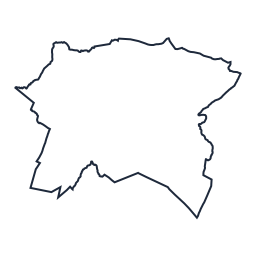 Zinacantán, Chiapas, Mexico (Robinson projection)
{"feature_id": "50627088B49923659697837", "entity_name": "Zinacantán", "entity_type": "district", "adm_level": 2, "iso_a3": "MEX", "parent_name": "Mexico", "parent_adm1": "Chiapas", "projection": "robinson", "projection_center": [-92.788, 16.712], "detail": "fine", "context": "isolated", "style": "outline", "palette": "slate", "viewbox_px": 256, "rotation_deg": 0, "n_neighbors": 0, "source": "geoboundaries", "source_scale": "gbopen_adm2", "svg_char_len": 5602}
<svg xmlns="http://www.w3.org/2000/svg" viewBox="0 0 256 256"><path d="M58.2,197.4L66.8,190.1L70.1,186.7L72.1,189.0L72.6,189.4L72.7,188.4L73.3,187.3L73.6,187.0L74.0,186.3L74.7,185.9L74.8,185.7L75.6,184.4L75.8,183.3L76.4,182.5L76.8,182.1L77.7,181.2L77.9,180.8L78.3,179.7L78.3,179.4L78.9,178.1L79.3,177.7L79.6,177.5L79.8,177.4L80.2,177.0L80.6,176.4L80.6,175.2L80.7,174.7L80.9,174.0L81.0,173.6L81.7,172.7L81.8,171.7L82.1,171.1L82.4,170.9L82.7,170.4L82.9,169.6L83.1,169.5L83.5,169.4L84.1,169.0L84.3,168.6L85.3,168.1L86.6,167.7L86.8,167.2L87.3,166.0L87.7,165.7L88.2,165.4L88.8,165.4L89.8,165.0L90.4,164.6L90.6,164.3L90.7,163.7L91.1,162.7L91.1,162.0L91.1,161.8L91.4,161.5L91.7,161.5L92.1,161.6L92.7,162.9L93.0,164.0L93.6,164.5L94.1,164.5L94.3,164.9L94.8,165.0L95.0,164.9L95.2,164.7L95.9,165.0L96.5,165.6L96.7,166.2L97.0,168.3L97.2,169.3L97.6,170.5L97.5,171.6L97.8,172.4L98.1,173.0L98.6,173.6L98.6,174.1L99.1,174.4L99.4,174.8L99.5,175.1L99.6,176.0L100.2,176.3L100.4,176.4L101.4,176.4L102.1,176.7L102.3,176.6L102.6,176.5L104.5,174.7L108.7,177.4L112.1,180.4L114.6,182.3L138.1,172.9L138.3,173.1L146.3,177.0L166.1,186.3L167.8,187.1L169.3,189.2L174.8,194.6L184.2,203.3L188.9,208.2L195.1,215.5L196.9,217.7L198.0,215.9L198.9,213.0L199.9,211.1L200.6,209.2L203.2,204.0L204.2,202.4L207.1,195.8L211.2,186.1L211.6,179.5L203.4,175.2L203.4,174.5L203.4,173.8L203.5,172.6L203.6,171.8L204.1,170.6L204.2,170.4L204.5,169.5L204.9,168.5L205.0,167.7L204.8,166.7L204.9,165.6L205.3,163.0L205.7,160.0L205.9,159.2L206.1,159.2L207.6,160.2L208.0,160.3L208.5,160.2L208.8,160.0L209.0,159.9L209.7,159.5L210.1,159.2L210.4,158.6L210.7,157.9L210.7,156.8L210.9,156.3L211.0,156.0L211.3,155.7L211.5,155.4L211.4,155.0L212.3,153.7L212.6,152.9L212.6,151.8L212.3,151.3L212.4,149.7L212.7,148.8L212.7,146.9L212.5,145.8L212.2,145.3L211.6,144.6L211.2,143.5L210.7,143.1L210.4,142.5L209.6,142.1L209.1,142.0L208.4,141.5L207.8,140.8L207.6,140.2L205.7,139.3L205.4,138.9L205.1,138.1L204.9,137.1L204.5,136.3L203.7,135.5L203.4,135.2L202.2,134.7L201.6,133.7L201.4,132.8L201.3,132.2L201.3,131.8L201.5,131.1L201.4,130.2L201.0,129.5L200.2,128.9L200.4,127.9L200.3,127.2L200.1,126.8L199.8,126.4L199.4,126.2L199.1,126.0L199.0,125.3L198.8,124.8L198.9,124.4L199.1,124.1L199.3,124.0L200.6,124.1L201.5,123.5L202.1,122.8L202.5,122.7L203.1,122.4L203.5,122.4L204.2,122.1L204.7,121.4L205.0,120.9L205.6,119.5L206.0,118.9L206.2,118.2L206.1,116.3L205.8,115.8L205.3,115.1L203.3,114.8L201.2,114.9L200.7,115.1L199.7,115.3L199.0,115.3L198.6,115.2L198.4,114.8L198.4,114.5L198.7,114.0L199.0,113.6L200.0,113.0L200.2,112.7L201.1,112.0L201.6,111.0L202.5,110.0L202.8,109.7L203.1,109.1L203.7,108.8L205.0,108.3L205.8,107.9L206.2,107.6L206.9,107.3L207.7,107.1L208.1,106.8L208.6,105.6L209.1,105.1L210.8,103.8L211.6,102.8L212.7,102.1L213.8,101.4L214.2,101.2L214.8,100.6L215.8,100.2L218.5,99.3L221.2,97.6L221.5,97.1L222.2,96.6L222.5,96.0L226.5,92.1L227.3,91.5L229.4,89.5L230.8,88.6L231.1,88.1L232.0,87.6L232.6,87.2L233.4,86.5L234.4,85.8L235.9,82.9L237.2,80.8L237.5,79.7L237.9,79.3L238.4,78.5L238.6,77.7L240.5,73.9L240.6,73.5L240.3,73.3L238.5,72.7L237.2,72.1L233.4,71.8L231.4,71.0L229.9,70.9L229.5,69.7L228.6,68.9L228.4,67.6L229.1,66.4L229.7,65.8L230.5,64.2L230.5,62.0L228.0,62.7L224.0,60.6L223.1,60.2L221.2,58.4L219.7,58.6L219.1,58.9L217.4,59.0L215.4,59.3L213.9,59.2L212.1,58.6L211.1,57.7L203.6,55.7L199.9,53.5L193.8,52.2L190.6,51.9L188.3,51.2L184.1,48.9L183.2,48.8L182.3,47.9L181.7,47.9L180.9,48.2L177.6,49.1L175.4,49.0L171.3,43.4L169.7,41.0L169.0,38.9L168.7,38.3L166.7,38.9L163.1,43.0L161.5,43.7L158.3,44.2L156.6,44.2L155.1,44.5L153.5,45.0L151.5,45.0L150.0,44.9L148.0,44.5L144.9,43.3L138.5,41.1L130.4,39.3L118.9,38.6L118.1,39.6L117.9,40.7L116.7,39.9L115.0,39.7L114.8,39.7L112.8,40.7L111.9,40.3L109.7,44.0L94.5,46.5L94.4,47.5L93.9,48.0L93.3,47.8L92.6,47.5L92.0,47.8L91.6,48.6L91.0,49.4L90.3,50.0L88.9,51.6L88.1,51.6L87.7,50.8L86.4,50.4L85.6,50.4L84.0,50.6L82.9,51.1L82.2,50.8L81.8,50.5L81.1,50.6L80.5,52.0L79.9,52.0L79.3,51.9L78.6,51.4L77.8,50.6L76.7,50.3L75.1,50.3L73.5,50.1L72.6,49.8L71.8,49.7L70.6,49.7L69.4,49.4L69.2,49.0L69.1,47.4L68.1,45.7L67.3,44.5L65.9,43.1L64.6,42.5L64.1,42.1L63.0,42.5L62.8,42.8L61.5,42.2L60.6,42.5L58.1,42.6L57.2,42.8L56.6,42.6L56.1,42.2L55.7,42.4L54.9,43.0L54.0,43.4L53.5,43.8L53.4,44.7L53.7,45.7L53.7,46.5L53.5,47.0L53.2,47.6L52.6,48.3L52.1,49.4L52.0,52.3L52.3,54.2L52.2,57.2L52.4,58.6L52.4,59.8L52.1,60.8L50.5,62.2L50.3,63.6L49.9,64.0L48.7,64.4L47.2,65.9L44.2,68.5L42.7,71.3L42.4,72.1L42.1,72.7L41.3,73.7L41.0,74.2L39.8,76.9L39.2,77.7L38.4,79.2L38.0,79.6L36.8,79.7L35.1,80.0L34.8,80.2L34.7,80.4L34.5,80.6L33.9,80.7L33.4,81.0L32.8,82.0L32.3,82.5L31.1,82.9L30.5,83.6L30.5,84.4L30.3,84.5L30.0,84.5L29.6,84.4L29.3,84.4L28.9,84.8L28.7,85.5L28.3,85.8L27.4,87.1L27.1,87.8L26.5,88.5L26.1,88.4L25.9,88.2L25.4,87.6L24.8,87.3L24.2,87.2L23.7,87.3L23.4,87.6L22.9,88.1L22.2,88.4L21.9,88.2L21.6,87.7L20.1,88.2L19.9,88.1L19.7,87.9L19.6,87.7L19.4,87.5L17.4,87.6L17.1,87.5L17.0,87.3L16.4,87.1L15.9,87.2L15.7,87.4L15.5,87.5L15.4,87.8L33.8,102.8L30.9,109.4L30.9,109.8L31.4,110.2L32.0,110.3L32.1,110.8L32.3,111.1L34.2,111.6L34.8,112.0L35.1,112.6L35.3,112.8L35.6,113.0L35.9,113.0L36.2,113.2L36.6,113.6L36.9,114.0L36.9,114.7L37.7,115.4L38.0,116.0L37.1,119.5L37.2,120.6L37.6,121.6L38.1,122.4L39.2,123.2L39.8,122.8L42.9,124.4L45.4,126.1L46.6,127.0L48.1,128.1L48.4,128.2L49.9,129.0L48.8,131.5L48.4,133.0L48.1,133.4L47.2,136.4L46.5,138.2L45.6,141.4L45.2,143.0L44.7,144.0L44.3,145.1L43.1,148.4L42.4,150.9L41.5,153.2L39.2,157.5L36.6,161.4L37.1,161.7L38.5,162.3L39.9,163.0L37.1,167.3L35.8,169.2L30.5,187.9L51.4,192.1L60.4,187.1L58.2,197.4Z" fill="none" stroke="#1e293b" stroke-width="2"/></svg>